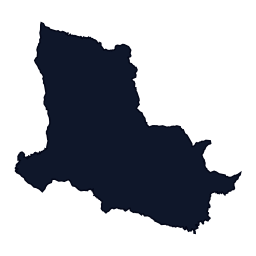 Tha Wang Pha, Nan, Thailand
{"feature_id": "78962969B57935377717299", "entity_name": "Tha Wang Pha", "entity_type": "district", "adm_level": 2, "iso_a3": "THA", "parent_name": "Thailand", "parent_adm1": "Nan", "projection": "natural_earth1", "projection_center": [100.731, 19.144], "detail": "fine", "context": "isolated", "style": "filled", "palette": "ink", "viewbox_px": 256, "rotation_deg": 0, "n_neighbors": 0, "source": "geoboundaries", "source_scale": "gbopen_adm2", "svg_char_len": 5784}
<svg xmlns="http://www.w3.org/2000/svg" viewBox="0 0 256 256"><path d="M128.5,46.7L124.2,44.7L122.7,44.5L120.2,45.8L117.5,45.3L116.1,45.7L115.3,47.1L115.4,48.9L113.8,50.2L112.4,50.1L111.8,50.7L111.0,50.2L109.9,50.6L107.6,50.5L105.8,49.4L104.0,50.1L101.6,46.7L101.0,46.4L100.8,43.2L99.8,42.6L99.5,43.3L97.8,43.4L97.6,42.4L97.0,42.4L96.5,41.1L94.9,39.9L93.4,39.7L92.6,38.7L90.9,38.7L90.5,37.6L88.6,38.1L88.5,37.3L87.6,38.0L87.0,37.8L86.5,38.3L85.7,37.6L84.7,38.1L83.8,37.0L82.3,38.6L81.7,38.3L82.0,37.9L81.1,37.7L81.4,37.1L80.8,36.6L79.9,37.1L77.1,36.5L75.7,35.8L75.4,36.3L74.0,35.5L73.2,36.0L72.3,35.3L70.7,35.5L70.2,34.4L69.2,35.4L68.4,35.5L67.1,34.5L68.0,33.6L67.9,33.1L66.1,34.0L65.9,33.0L63.5,31.8L62.3,31.5L61.4,32.1L59.6,31.9L58.2,30.8L56.2,31.2L49.7,29.2L48.9,27.8L44.9,26.7L43.4,23.7L41.2,22.7L40.8,24.7L40.7,29.9L40.0,32.9L40.9,37.8L39.9,39.5L40.0,42.6L38.7,44.1L38.7,45.3L37.7,47.0L37.0,49.9L37.7,52.5L37.3,57.4L36.3,57.8L34.7,60.4L35.6,62.6L37.8,65.8L39.0,68.7L40.0,69.8L40.7,72.4L42.1,73.7L43.5,76.1L43.5,77.3L42.9,78.6L43.8,80.8L43.6,83.0L44.6,84.4L46.1,93.3L44.3,97.4L44.7,99.9L44.2,101.4L44.2,104.0L46.4,107.4L46.5,109.4L47.4,109.4L48.2,110.5L48.0,113.7L49.5,117.6L49.9,121.3L49.9,123.7L48.8,126.1L47.8,127.1L47.6,129.7L46.6,131.4L46.6,133.8L47.1,134.5L47.8,139.7L48.4,141.1L48.0,141.6L46.9,146.7L46.9,148.3L46.4,148.5L46.3,149.1L45.3,148.8L45.5,149.3L42.0,151.8L41.4,151.6L40.5,152.9L39.7,152.3L39.7,154.5L39.5,153.0L39.1,153.4L38.1,153.1L37.7,154.2L36.5,153.0L35.6,153.3L36.0,152.8L35.6,152.5L34.6,152.9L34.1,153.8L33.1,154.6L31.1,154.6L31.3,155.7L30.0,156.7L28.8,156.1L28.8,157.0L27.8,156.9L27.9,157.6L27.1,157.2L26.9,158.4L26.1,157.5L24.1,157.1L24.3,156.5L24.0,155.5L24.4,154.8L23.7,153.4L22.0,152.1L20.3,152.7L20.1,153.7L19.0,154.4L19.1,154.9L18.0,156.3L18.4,157.1L18.0,157.8L18.2,159.3L18.0,159.9L19.6,160.1L19.5,160.5L20.0,160.6L19.5,161.2L19.5,161.9L18.5,162.4L18.7,163.6L18.1,163.4L17.6,164.2L17.2,163.9L16.5,164.7L16.4,165.3L17.0,165.3L16.2,167.1L15.4,168.1L15.8,168.6L17.7,168.6L17.8,169.0L15.6,170.2L15.6,171.2L17.0,171.5L16.6,172.5L20.3,174.3L21.8,176.2L24.3,177.7L25.2,180.0L28.4,183.0L31.2,184.1L34.0,187.0L36.3,187.4L39.6,189.1L42.3,191.7L44.8,188.8L45.5,186.8L47.0,184.6L48.5,183.5L51.3,182.4L52.1,179.3L55.0,179.2L58.7,181.0L61.7,180.7L64.3,181.3L67.9,179.7L68.8,179.7L70.5,181.4L72.0,184.9L72.7,185.8L75.3,186.3L78.7,189.5L80.9,190.6L84.2,190.2L86.2,190.5L87.1,190.2L87.6,190.5L88.0,189.7L90.3,189.0L91.6,190.0L92.9,189.4L92.5,191.0L93.3,191.1L93.3,192.6L94.4,194.2L94.0,195.3L94.9,195.3L96.0,196.6L96.8,196.7L97.1,197.7L98.4,198.0L99.2,199.2L100.2,199.4L100.9,200.5L102.0,201.0L102.2,203.2L101.6,204.0L101.8,206.3L101.4,208.7L102.8,210.6L104.2,211.0L105.6,212.7L106.0,212.8L106.8,211.9L108.7,211.0L110.6,208.8L112.1,207.9L113.9,208.7L116.9,207.5L118.8,208.5L119.7,208.3L120.2,208.8L123.7,208.9L124.2,210.0L125.1,210.8L125.4,210.0L126.3,210.4L128.8,208.5L129.9,208.3L130.5,210.6L133.1,212.1L134.0,212.4L135.0,211.7L135.7,212.4L138.7,212.6L141.5,214.8L142.1,214.0L143.4,213.9L144.5,215.8L148.0,215.7L150.7,217.0L151.1,217.7L153.8,219.3L154.1,219.9L155.1,220.4L155.2,221.1L155.9,220.9L156.0,221.3L159.8,223.1L161.3,224.4L165.8,224.1L166.5,224.7L168.5,224.8L169.9,225.7L171.7,225.9L172.9,226.6L174.0,226.2L175.7,226.9L177.1,226.1L180.7,227.2L182.8,226.7L183.4,227.5L183.3,228.1L184.8,229.6L185.7,229.2L185.5,227.5L186.2,226.9L188.5,231.2L189.6,230.7L191.0,230.9L191.8,229.1L192.3,228.9L194.0,230.9L194.0,233.1L195.2,233.3L195.0,231.3L194.1,229.7L197.8,227.9L197.4,226.6L195.9,225.4L195.7,224.9L196.6,224.5L197.9,225.3L198.6,225.2L198.9,224.4L198.5,222.0L199.4,221.9L201.2,221.0L202.7,223.6L203.3,223.7L203.5,223.2L203.1,222.1L203.7,220.9L205.9,219.5L206.6,220.4L207.9,220.8L208.7,219.4L209.9,218.5L209.7,217.6L208.5,217.0L207.4,214.9L208.4,213.4L208.2,212.7L207.5,212.5L207.1,211.2L207.8,209.8L207.9,208.1L208.5,207.3L209.5,207.5L209.9,206.7L209.5,206.2L209.7,205.2L208.8,204.3L208.4,202.1L209.9,199.2L209.8,197.6L210.6,196.0L210.3,194.6L210.7,193.6L212.1,192.6L215.0,191.7L215.7,191.9L216.1,192.7L217.3,191.9L217.7,193.3L218.4,193.1L219.1,193.6L219.8,192.4L221.4,193.3L222.1,192.0L224.9,194.8L225.3,193.6L227.6,192.9L228.1,191.7L229.0,190.8L229.4,191.1L230.7,190.9L231.2,190.1L232.9,189.4L233.7,189.5L234.4,188.6L234.3,187.0L233.5,186.2L233.9,185.1L233.6,184.4L233.9,182.9L235.2,181.7L235.7,180.3L237.8,178.8L238.5,176.3L240.1,174.9L240.6,172.6L237.8,174.6L236.8,174.9L236.2,175.7L235.0,175.3L231.0,177.5L229.9,177.3L229.0,177.8L227.5,176.6L225.7,176.7L225.1,175.1L219.0,173.9L216.3,172.1L214.1,171.3L210.2,172.8L206.6,169.5L206.6,168.7L205.7,168.1L205.0,166.7L204.6,165.1L205.0,163.8L204.4,163.2L204.8,162.4L204.0,161.8L204.4,161.6L204.0,160.8L204.3,160.2L202.9,158.3L201.6,154.7L202.8,153.3L203.8,150.7L203.6,149.8L204.6,149.4L205.9,146.5L208.6,144.0L209.8,144.0L210.7,143.4L210.2,140.8L205.8,140.4L204.0,141.4L201.7,141.4L201.2,142.1L200.2,142.0L198.0,143.3L196.8,142.7L195.9,143.3L195.0,145.2L193.8,146.2L192.2,146.5L191.9,145.9L191.7,143.6L186.9,135.2L184.8,133.8L183.2,129.8L181.9,130.0L181.6,129.0L180.2,127.8L180.2,126.8L176.8,125.9L174.5,126.6L173.8,126.3L171.6,126.5L170.0,127.2L168.1,127.0L167.1,127.4L162.7,125.9L158.8,126.5L157.2,125.9L152.7,125.8L149.1,127.1L146.5,124.3L146.7,122.8L145.4,122.2L144.8,118.3L142.8,115.6L141.9,113.0L138.8,111.4L138.7,110.6L136.9,109.2L136.3,108.3L137.8,105.8L139.1,104.5L138.1,101.8L139.0,100.7L138.9,98.9L136.7,92.2L135.8,91.2L136.0,89.7L135.5,88.8L135.9,88.0L134.7,87.5L134.3,86.9L134.7,83.6L133.9,81.5L132.4,81.0L131.8,79.3L132.2,78.5L135.6,77.1L135.9,75.0L135.1,73.0L136.8,70.8L137.0,69.7L136.0,67.4L134.4,67.3L134.1,66.1L132.9,65.5L131.3,63.7L129.7,63.3L129.1,62.3L129.1,60.6L128.1,57.4L130.3,56.6L130.8,55.9L129.9,53.4L130.7,50.1L128.5,46.7Z" fill="#0f172a" stroke="#020617" stroke-width="1.5"/></svg>